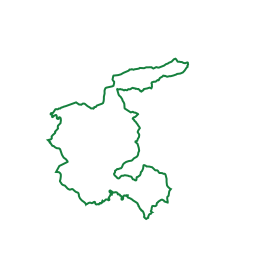 Dharmasraya, Sumatera Barat, Indonesia, rotated 212°
{"feature_id": "22746128B7219534805401", "entity_name": "Dharmasraya", "entity_type": "district", "adm_level": 2, "iso_a3": "IDN", "parent_name": "Indonesia", "parent_adm1": "Sumatera Barat", "projection": "orthographic", "projection_center": [101.535, -1.251], "detail": "fine", "context": "isolated", "style": "outline", "palette": "green", "viewbox_px": 256, "rotation_deg": 212, "n_neighbors": 0, "source": "geoboundaries", "source_scale": "gbopen_adm2", "svg_char_len": 5764}
<svg xmlns="http://www.w3.org/2000/svg" viewBox="0 0 256 256"><g transform="rotate(212 128 128)"><path d="M199.5,105.3L199.6,101.1L201.1,99.8L201.1,99.0L200.8,98.6L199.4,98.9L198.9,98.7L198.4,97.3L197.9,97.2L197.6,97.5L197.1,99.4L196.2,100.7L195.7,100.9L194.7,100.3L193.4,98.5L192.6,98.4L191.8,98.9L192.1,99.9L192.0,100.6L191.8,100.8L190.9,100.9L190.2,100.5L189.0,99.0L187.8,96.3L188.6,92.9L188.1,91.6L187.1,90.5L187.2,89.8L187.9,86.4L187.8,86.0L187.3,85.6L187.2,85.0L188.0,82.3L188.3,80.4L187.2,78.9L187.2,78.1L187.5,77.4L189.5,75.3L187.8,75.0L187.1,74.5L187.0,74.9L186.5,74.8L185.9,74.2L182.7,72.8L181.5,73.3L179.7,73.0L177.8,73.1L175.6,74.2L174.3,74.0L169.8,70.3L166.9,68.8L164.1,68.6L162.0,67.9L161.5,67.6L161.3,67.2L166.1,59.4L165.7,52.6L163.3,53.9L162.1,53.8L161.1,53.5L160.2,52.8L159.2,51.1L158.1,48.6L157.7,47.1L157.4,46.7L154.3,45.3L153.2,45.2L150.9,45.7L147.0,44.6L145.4,44.7L144.6,44.9L143.1,46.6L142.4,46.8L139.7,46.3L138.0,46.2L136.5,46.6L135.6,46.5L134.2,45.3L133.7,44.4L131.5,42.9L128.8,42.1L125.9,41.9L124.2,41.6L123.2,40.9L123.2,41.2L122.9,41.3L122.3,42.1L122.2,42.5L121.5,43.8L120.7,44.6L118.8,45.1L118.2,45.8L118.2,46.2L117.8,47.0L117.5,47.0L117.2,47.6L116.6,47.6L115.8,46.7L114.9,46.3L114.3,46.4L113.7,47.1L112.4,47.7L112.5,48.1L112.1,48.5L112.1,49.0L111.9,49.0L111.9,49.6L111.2,50.1L110.9,50.0L110.5,51.0L111.0,52.0L111.1,52.8L109.8,52.6L109.6,52.9L108.9,55.6L107.7,56.4L106.4,56.4L106.3,56.8L105.8,57.0L105.8,57.3L106.3,57.9L107.1,58.2L107.4,58.8L107.3,60.6L107.5,61.9L107.5,62.3L107.1,62.3L106.9,62.6L106.4,62.8L106.6,63.5L106.8,63.8L108.1,63.6L109.5,63.9L110.0,64.3L110.3,64.8L110.2,65.3L109.9,65.6L106.1,65.5L104.5,67.0L103.5,67.4L102.0,67.1L101.5,66.4L101.2,66.4L100.2,67.1L99.8,67.1L99.2,66.9L98.8,66.5L97.0,66.7L96.0,64.5L95.6,64.0L95.2,64.0L94.8,64.3L94.6,64.9L94.9,65.9L95.3,66.3L95.6,67.1L95.5,68.7L94.8,69.2L93.7,69.4L93.6,70.2L92.5,70.8L91.8,69.3L91.4,69.0L88.1,69.6L87.5,69.4L86.4,69.6L85.6,69.3L81.1,69.3L79.9,69.1L79.6,68.7L78.7,68.3L77.8,67.4L77.5,67.5L75.1,65.9L73.6,65.7L73.2,65.2L72.7,65.1L72.4,65.1L71.9,65.4L70.3,64.7L68.3,63.0L67.4,61.8L67.3,61.1L66.2,60.7L64.4,60.5L64.1,61.0L63.8,62.1L63.3,62.5L63.9,63.7L64.2,65.8L63.8,66.8L63.2,67.3L63.1,69.2L63.0,69.3L64.3,69.4L64.6,69.6L64.8,71.3L65.5,72.6L66.0,74.6L65.5,75.2L63.8,75.9L63.2,76.5L62.9,77.8L63.5,78.9L63.7,79.8L63.2,80.9L63.3,81.5L61.9,84.5L61.2,85.3L59.2,85.5L58.2,85.0L54.9,85.8L55.0,86.2L57.4,89.0L58.0,90.1L58.1,90.5L57.7,92.1L59.4,96.0L59.5,97.0L59.3,98.9L60.0,98.8L62.0,99.1L63.3,99.4L64.6,100.1L66.7,102.7L68.4,105.4L71.0,107.9L71.8,108.5L72.3,108.6L72.7,108.6L73.6,108.0L75.3,107.8L77.5,106.5L78.6,106.8L79.9,107.5L80.6,107.6L81.2,107.4L81.9,106.8L82.6,106.6L86.7,107.5L89.7,106.5L91.9,105.2L93.0,105.4L94.6,105.1L95.0,104.7L95.0,104.4L93.7,101.6L93.3,98.9L93.7,97.4L93.0,95.8L92.8,94.4L92.9,93.8L93.3,93.1L93.5,92.2L94.5,91.0L94.5,90.7L93.4,88.5L93.4,88.0L93.6,87.7L94.4,87.4L95.6,87.5L96.8,87.1L98.9,88.3L99.7,88.4L101.9,87.6L102.6,87.6L105.6,86.3L106.1,85.9L106.5,85.2L108.1,84.1L108.6,82.7L108.7,81.4L109.0,80.5L109.5,80.1L110.4,79.9L111.7,80.3L114.3,80.8L115.2,81.3L115.6,81.9L115.5,83.4L116.3,84.9L116.2,85.2L115.7,86.1L115.4,87.5L114.2,88.2L113.9,88.9L112.6,90.2L112.4,91.6L112.9,94.5L112.6,96.0L111.6,98.2L109.8,100.4L107.9,102.0L107.4,102.8L106.9,105.4L105.4,108.1L105.2,108.9L105.3,110.6L106.2,112.6L106.4,114.3L106.7,114.9L108.4,116.9L111.5,119.6L114.3,120.1L114.5,120.7L113.4,122.0L113.9,124.0L113.9,126.1L114.8,128.1L115.4,128.6L117.4,129.5L117.7,129.8L118.0,131.4L117.9,134.2L119.0,134.9L120.7,135.5L121.9,136.2L123.3,136.6L124.0,137.1L126.5,137.6L127.0,138.0L128.9,138.4L129.0,138.8L129.0,139.3L128.7,140.1L127.9,141.0L127.5,142.1L126.9,144.7L126.8,145.0L127.1,145.2L129.9,144.9L131.1,144.3L132.5,144.3L133.9,142.7L141.0,142.8L141.5,143.1L143.9,146.5L145.1,147.4L147.2,148.4L148.1,149.3L150.6,150.5L152.5,150.8L153.6,151.3L157.7,155.0L157.7,155.4L156.5,155.6L155.2,156.9L154.2,157.1L153.3,157.6L151.3,157.8L150.7,158.8L149.0,159.4L148.6,159.8L148.4,160.9L148.0,161.3L147.0,161.7L146.7,162.0L146.2,162.8L146.1,163.4L145.2,164.6L144.1,164.8L143.3,165.3L142.4,165.2L142.1,165.6L140.4,166.1L139.8,166.6L138.5,166.4L137.7,166.0L136.9,166.3L136.6,166.2L136.5,165.9L135.9,166.0L135.4,167.6L135.0,168.1L135.2,168.8L135.1,169.5L132.6,171.8L131.8,172.9L130.9,173.8L129.7,173.8L129.2,174.0L129.3,174.9L129.8,176.2L130.4,176.8L130.9,177.8L131.8,178.4L131.9,179.4L130.5,181.1L129.6,181.5L129.0,182.2L128.4,184.1L128.0,184.6L127.5,184.6L127.2,185.4L127.5,186.6L127.4,187.4L126.0,190.0L125.9,191.0L125.3,191.4L124.2,191.6L124.0,191.9L122.0,192.2L120.2,194.0L119.2,194.6L117.3,196.6L115.4,199.0L115.0,199.9L112.5,201.9L110.9,204.2L110.4,206.8L110.3,210.1L109.9,211.5L110.5,212.0L110.7,212.4L110.6,213.5L111.9,215.1L112.5,215.0L113.9,213.2L115.4,212.6L117.2,212.5L118.7,211.7L119.5,211.5L120.5,210.8L121.1,210.6L123.6,211.8L124.5,211.9L125.5,210.6L126.2,207.3L127.9,205.0L128.4,203.7L129.6,202.3L130.5,200.0L133.8,195.6L134.4,195.2L136.3,194.6L138.0,191.9L139.0,191.8L140.2,192.0L144.7,189.1L146.1,187.2L149.8,185.2L150.2,184.2L150.6,183.9L151.0,183.4L153.6,181.2L154.1,180.4L155.9,179.9L156.5,179.1L157.7,178.4L157.8,177.0L161.1,172.3L162.4,169.8L164.4,167.6L168.0,164.8L168.0,164.1L166.8,160.9L165.8,160.3L164.3,159.9L163.5,158.6L162.7,156.1L163.4,155.0L167.8,150.7L168.2,149.7L168.0,148.3L167.6,147.1L166.1,144.8L165.0,141.7L163.6,139.4L162.8,137.6L162.4,136.0L162.8,135.0L166.3,130.5L166.5,128.7L167.6,127.9L167.4,127.1L167.6,126.1L168.5,125.9L169.4,125.2L169.9,125.0L171.3,125.2L173.9,125.1L177.3,125.6L178.0,125.5L179.2,124.8L180.0,122.9L181.2,122.5L181.8,122.0L185.6,122.2L192.5,113.4L193.9,111.9L194.4,111.0L195.4,110.0L195.9,108.5L196.9,108.0L197.4,106.8L197.8,106.4L199.0,105.9L199.5,105.3Z" fill="none" stroke="#15803d" stroke-width="2"/></g></svg>